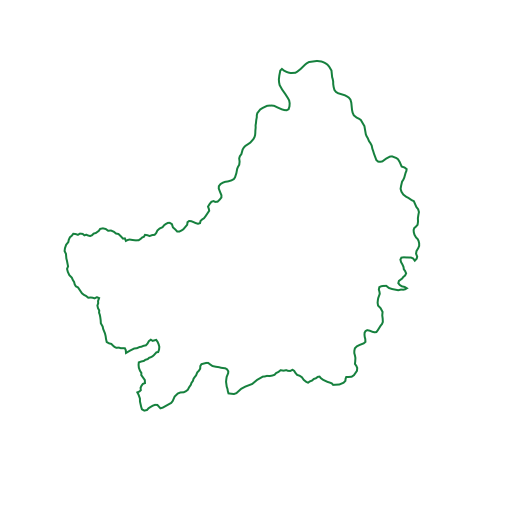 outline of Abaeté, Minas Gerais, Brazil, rotated 332°
{"feature_id": "56859067B88957434104032", "entity_name": "Abaeté", "entity_type": "district", "adm_level": 2, "iso_a3": "BRA", "parent_name": "Brazil", "parent_adm1": "Minas Gerais", "projection": "robinson", "projection_center": [-45.377, -19.097], "detail": "fine", "context": "isolated", "style": "outline", "palette": "green", "viewbox_px": 512, "rotation_deg": 332, "n_neighbors": 0, "source": "geoboundaries", "source_scale": "gbopen_adm2", "svg_char_len": 6088}
<svg xmlns="http://www.w3.org/2000/svg" viewBox="0 0 512 512"><g transform="rotate(332 256 256)"><path d="M394.0,334.7L396.6,333.8L398.0,332.3L398.4,329.1L400.0,327.0L402.8,325.3L404.8,323.7L406.0,321.4L406.6,319.1L406.7,317.1L406.0,314.7L405.9,311.6L406.5,309.0L407.4,307.0L408.9,305.6L410.8,305.2L413.3,304.3L415.2,301.7L416.7,298.6L418.7,295.9L420.5,293.7L421.1,290.8L420.6,288.0L421.1,281.7L419.7,279.8L417.8,276.2L416.4,274.2L414.9,270.9L414.6,267.5L415.2,264.6L417.1,262.1L419.9,258.9L421.9,257.8L423.7,256.4L427.2,252.7L428.7,251.5L429.8,250.0L428.7,247.6L426.6,245.4L427.0,240.5L426.8,237.2L425.9,235.4L424.7,234.0L422.9,231.9L420.9,231.1L419.1,231.1L416.7,231.1L412.0,231.8L410.1,231.2L408.2,230.1L407.3,227.8L408.2,221.0L408.7,218.5L409.1,215.9L410.0,212.8L410.0,210.0L409.7,207.7L410.0,204.5L409.9,202.0L410.1,200.1L412.7,192.2L412.4,185.1L411.4,183.2L409.8,181.0L408.4,177.7L408.6,174.8L409.4,172.0L412.1,165.4L412.8,162.2L412.3,159.7L411.3,157.9L409.9,155.8L404.8,150.7L403.6,148.6L403.2,146.2L403.9,143.2L404.9,140.4L406.0,138.3L406.8,135.8L407.2,133.8L409.7,127.7L409.5,123.1L408.9,120.5L407.8,118.4L406.6,116.7L405.1,115.0L401.4,112.4L393.8,109.6L391.1,109.7L389.1,110.1L383.3,111.8L379.0,112.6L376.8,112.7L372.6,110.8L370.9,109.4L369.4,107.8L367.7,105.4L366.7,103.0L364.5,103.7L361.4,107.5L359.1,110.8L357.9,113.5L357.1,116.2L357.2,121.2L357.9,126.8L358.3,131.7L358.3,134.2L357.4,137.0L355.8,139.6L353.7,141.7L351.5,141.7L349.6,140.5L347.7,138.7L344.7,134.9L342.5,131.9L340.6,130.6L338.5,129.5L336.2,128.6L331.4,128.4L328.5,128.6L324.2,130.5L322.8,132.1L321.8,133.9L320.1,136.0L318.3,138.7L317.0,140.4L315.9,142.6L314.3,145.0L313.1,147.1L311.9,148.9L310.5,150.3L308.7,151.5L306.4,152.4L304.2,153.2L301.6,153.5L298.3,153.8L296.2,154.5L294.2,155.7L290.9,159.2L288.6,160.3L287.0,161.9L285.8,165.0L284.0,167.6L282.0,168.8L280.4,170.1L277.5,173.7L274.4,176.7L272.5,177.7L269.8,177.7L266.3,177.0L263.5,176.0L261.2,175.7L258.5,175.8L256.0,176.9L254.8,178.9L254.3,182.9L254.0,186.1L252.9,188.1L250.3,189.2L247.6,190.0L245.4,189.1L244.3,187.6L242.1,187.2L239.5,188.3L236.8,189.9L236.5,192.2L235.9,194.1L230.1,197.2L227.7,198.3L225.8,198.4L223.5,199.0L222.0,200.7L219.9,200.3L218.1,198.5L216.8,196.8L215.2,194.9L213.4,193.7L211.4,194.0L209.9,196.1L204.4,198.3L202.2,198.5L199.7,198.4L197.9,197.4L197.2,194.7L196.1,191.7L196.7,188.4L195.4,186.2L193.7,185.4L191.2,185.4L189.3,185.7L187.0,186.7L183.8,186.5L180.9,187.2L178.6,188.9L176.4,189.7L174.2,188.8L171.4,188.4L169.9,186.7L167.9,185.2L166.1,186.4L164.2,186.2L162.4,186.7L159.8,187.0L157.1,185.7L154.5,183.9L152.1,182.1L150.0,181.6L148.2,181.6L148.5,178.9L146.7,178.2L146.0,175.4L144.9,172.0L142.9,170.4L141.9,167.9L139.9,165.4L137.3,164.3L136.0,161.6L133.8,159.7L131.1,158.9L129.0,160.0L125.4,160.5L123.1,160.0L121.0,160.7L118.9,160.5L117.3,159.0L116.1,157.5L114.2,157.2L113.3,155.1L111.1,153.6L108.7,153.7L107.1,152.0L105.1,150.6L102.9,151.6L100.5,152.1L98.3,153.8L96.8,155.6L93.7,156.9L91.0,159.4L89.3,161.8L89.2,164.9L87.4,169.1L86.8,171.6L85.9,174.5L85.2,176.9L83.1,178.7L82.4,181.7L82.2,185.3L83.2,188.6L83.0,191.4L83.2,193.5L82.6,196.0L82.7,198.2L84.1,200.2L84.8,207.2L85.8,209.5L87.2,211.5L88.3,214.1L90.5,215.0L92.1,216.1L93.6,217.6L96.2,217.7L97.7,219.5L95.4,221.6L94.5,223.6L92.7,225.3L92.0,227.9L92.0,230.5L90.8,232.4L90.5,234.5L89.8,236.8L88.7,239.8L87.4,242.6L87.5,246.3L86.8,248.7L86.3,253.5L85.6,256.2L84.6,258.9L83.8,261.9L85.3,264.2L87.0,265.7L87.6,267.8L88.4,269.9L89.6,271.5L91.9,272.5L93.4,274.0L95.2,274.9L96.9,275.9L96.8,278.0L95.7,280.6L100.3,280.4L105.0,280.5L107.6,281.5L110.5,281.7L112.2,282.3L114.5,282.5L116.9,283.2L119.1,282.4L121.4,280.9L123.8,280.5L124.9,282.4L128.5,283.2L128.8,285.7L128.6,288.2L128.0,290.8L126.4,293.2L124.5,294.9L122.9,294.3L119.3,295.6L117.5,296.0L115.6,296.0L113.8,295.7L112.0,296.2L109.6,295.7L107.7,296.0L105.2,295.3L102.6,294.9L101.2,297.0L100.1,299.7L99.7,302.9L99.9,305.4L98.8,307.3L99.6,313.3L98.3,316.1L96.1,315.8L94.0,316.8L92.2,318.2L91.3,320.4L89.5,320.9L87.2,320.7L87.2,323.2L86.6,327.3L85.2,330.1L83.8,335.3L83.3,337.8L84.8,340.1L87.5,340.8L89.6,340.0L91.9,339.8L94.5,339.7L96.9,340.0L99.0,341.2L100.1,345.6L102.4,346.1L112.2,345.9L114.4,344.9L118.2,341.9L122.4,340.7L125.2,341.0L128.2,342.4L130.6,342.5L133.0,342.1L135.3,340.5L137.9,339.2L139.5,337.7L141.6,336.7L143.3,335.0L145.3,334.0L147.0,333.3L149.5,331.2L151.7,330.5L153.8,329.3L155.2,327.0L157.1,325.9L161.7,327.0L163.6,328.0L164.6,330.2L165.9,332.7L168.5,334.9L171.0,336.7L172.7,338.3L176.2,340.8L177.2,342.4L177.4,344.8L176.4,346.4L173.3,349.0L171.7,351.2L170.5,353.0L168.8,357.6L168.4,360.0L167.7,362.0L167.2,364.4L171.7,367.5L174.3,367.9L180.6,366.3L185.3,366.3L192.6,367.2L198.8,365.9L205.4,365.7L207.2,366.5L209.4,367.0L211.7,368.4L214.2,369.2L216.6,369.6L218.8,368.8L221.4,368.9L224.1,368.4L226.5,370.2L229.1,371.0L230.4,372.5L232.4,373.6L234.8,373.6L235.8,375.4L235.9,377.5L236.5,380.3L238.3,382.2L239.6,384.6L240.0,387.8L241.3,390.8L242.5,392.3L244.6,392.0L247.0,392.3L249.3,391.7L251.6,392.1L253.7,391.7L255.5,392.3L255.9,394.3L257.1,396.8L260.0,400.7L261.6,402.3L263.1,404.0L263.6,406.0L269.3,408.6L273.8,409.0L276.3,408.2L277.5,406.4L278.9,405.2L280.5,406.1L283.8,407.5L286.5,407.2L291.2,404.8L292.8,402.4L293.0,400.1L292.7,397.7L293.9,396.0L295.9,392.7L296.6,390.5L297.2,387.9L298.3,385.9L300.0,383.9L302.7,383.1L305.9,383.2L310.1,383.7L312.3,383.2L313.5,380.6L314.0,378.5L314.8,376.5L315.9,374.7L317.5,373.7L319.4,373.7L321.3,375.3L323.3,377.7L325.0,379.1L326.6,379.7L328.7,378.7L333.4,376.0L335.3,375.2L337.0,373.8L338.4,370.9L339.6,367.7L341.5,364.8L341.5,360.5L340.5,357.1L341.4,354.4L343.0,352.0L344.2,350.5L347.5,347.5L348.2,345.6L348.7,343.3L350.3,341.4L352.3,341.5L354.1,342.1L357.0,343.5L358.3,346.6L360.6,349.0L365.5,353.0L368.2,353.7L370.2,354.9L372.0,355.4L374.0,355.3L372.7,353.1L370.5,351.2L369.3,349.0L368.9,346.8L370.5,345.1L374.5,344.5L376.1,343.7L378.5,343.2L380.4,341.8L380.6,339.2L380.3,337.1L381.1,334.9L381.3,332.2L381.2,329.6L381.8,327.0L383.6,325.7L385.8,326.5L387.8,327.7L392.2,330.2L393.6,332.0L394.0,334.7Z" fill="none" stroke="#15803d" stroke-width="2"/></g></svg>